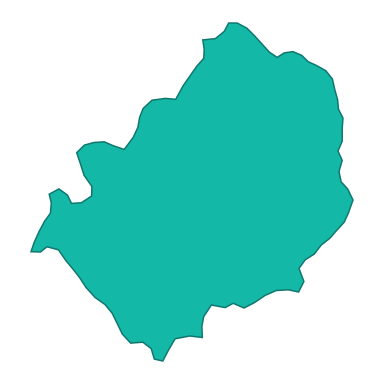 Rochedo de Minas, Minas Gerais, Brazil
{"feature_id": "56859067B75904994944192", "entity_name": "Rochedo de Minas", "entity_type": "district", "adm_level": 2, "iso_a3": "BRA", "parent_name": "Brazil", "parent_adm1": "Minas Gerais", "projection": "orthographic", "projection_center": [-43.032, -21.64], "detail": "fine", "context": "isolated", "style": "filled", "palette": "teal", "viewbox_px": 384, "rotation_deg": 0, "n_neighbors": 0, "source": "geoboundaries", "source_scale": "gbopen_adm2", "svg_char_len": 1328}
<svg xmlns="http://www.w3.org/2000/svg" viewBox="0 0 384 384"><path d="M211.4,305.0L225.2,307.6L233.2,303.3L244.0,308.0L254.3,302.7L265.1,295.4L276.3,290.5L288.3,289.8L298.6,292.0L303.9,281.5L299.0,268.4L305.3,259.7L314.2,254.1L321.4,244.9L329.6,238.5L337.1,229.9L344.2,222.2L348.4,213.0L353.0,200.0L347.6,188.9L341.1,181.8L339.0,171.5L342.2,160.4L338.0,151.0L342.2,141.2L342.2,128.6L343.0,118.1L338.5,109.3L337.6,99.7L334.8,89.7L332.4,79.0L325.9,70.8L316.5,65.5L308.1,61.7L301.8,55.4L292.9,51.6L284.2,52.9L277.2,57.4L269.2,52.0L262.7,44.8L254.7,36.0L247.0,28.3L237.2,23.0L228.7,23.0L224.3,31.3L215.4,38.6L202.8,39.9L204.2,49.5L203.7,58.4L196.9,66.1L190.2,75.6L183.1,85.8L175.7,99.3L165.4,98.4L152.0,100.2L143.1,108.5L139.6,117.5L137.9,127.3L133.3,137.2L124.2,149.5L112.7,145.5L104.2,141.8L93.9,142.5L84.4,145.1L76.7,152.7L80.4,163.7L84.1,175.4L91.9,186.5L91.6,196.0L81.3,202.8L71.5,203.4L67.5,195.1L58.9,188.9L49.2,194.2L51.3,203.0L50.4,213.2L44.6,221.2L38.9,231.9L34.3,242.1L31.0,251.7L40.5,252.0L46.9,246.8L58.4,249.8L66.1,260.9L72.8,268.9L79.6,277.6L85.9,287.3L95.1,297.5L105.1,304.6L112.2,313.3L117.6,324.3L122.2,333.9L130.6,343.1L142.8,342.2L151.2,348.6L154.3,359.1L162.8,361.0L168.6,349.9L175.1,338.8L189.7,336.0L202.3,337.5L201.9,326.4L203.7,316.6L211.4,305.0Z" fill="#14b8a6" stroke="#0f766e" stroke-width="1.5"/></svg>